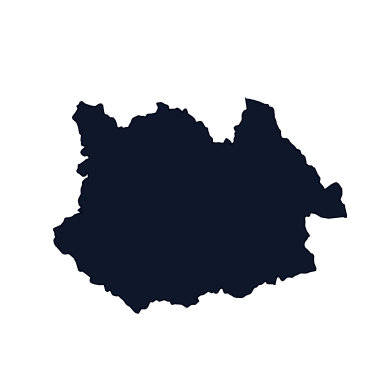 the district of Ha Quang, Cao Bằng, Vietnam, rotated 166°
{"feature_id": "81297802B58374178577075", "entity_name": "Ha Quang", "entity_type": "district", "adm_level": 2, "iso_a3": "VNM", "parent_name": "Vietnam", "parent_adm1": "Cao Bằng", "projection": "robinson", "projection_center": [106.12, 22.894], "detail": "fine", "context": "isolated", "style": "filled", "palette": "ink", "viewbox_px": 384, "rotation_deg": 166, "n_neighbors": 0, "source": "geoboundaries", "source_scale": "gbopen_adm2", "svg_char_len": 5942}
<svg xmlns="http://www.w3.org/2000/svg" viewBox="0 0 384 384"><g transform="rotate(166 192 192)"><path d="M336.9,172.7L336.2,171.8L332.4,164.3L331.7,163.5L329.8,162.6L328.1,162.6L326.4,162.1L325.7,161.7L322.3,156.8L321.9,155.9L321.7,154.0L321.2,152.7L321.0,151.2L320.7,143.7L320.1,142.7L319.3,142.2L317.1,141.9L311.4,134.8L310.8,133.4L311.2,132.4L312.0,131.1L312.1,130.1L311.9,129.2L310.8,128.0L308.2,126.4L303.9,124.6L300.3,124.0L299.8,123.6L299.4,122.5L299.4,117.4L298.6,116.5L297.8,116.1L295.7,116.8L295.1,116.7L294.6,115.8L293.9,112.3L293.2,111.2L291.0,109.9L288.9,109.5L287.7,108.9L287.1,107.5L284.7,104.2L283.8,102.4L282.8,99.6L281.9,98.2L279.6,96.0L277.0,90.8L275.6,88.8L273.7,87.6L272.8,88.1L270.2,90.8L269.4,91.0L268.6,91.0L265.9,90.2L264.0,90.7L262.9,91.6L259.9,95.4L259.2,95.7L258.4,95.8L256.9,95.1L256.2,95.2L252.8,96.6L252.2,96.4L250.0,94.1L247.0,94.4L244.6,94.3L242.1,92.3L239.8,91.6L239.3,91.0L239.1,89.1L238.5,88.0L237.8,87.8L236.8,88.1L235.6,87.9L229.3,85.9L227.2,84.0L225.4,81.9L224.2,81.5L221.8,82.7L219.2,83.2L216.2,82.4L212.2,84.5L212.1,84.9L212.7,86.8L212.7,87.8L212.4,88.4L211.6,89.0L209.5,89.9L208.5,90.2L206.5,90.0L204.8,90.3L200.7,91.9L199.8,92.0L197.4,89.7L196.9,89.6L195.7,90.2L195.0,90.0L194.0,88.4L192.6,88.0L191.5,88.4L188.5,91.4L186.7,91.8L185.8,91.4L185.3,90.7L185.0,87.1L184.3,86.0L181.3,85.6L180.1,83.9L178.2,82.4L176.6,80.6L175.2,79.6L169.6,77.8L168.2,77.8L167.0,78.1L165.2,79.0L160.3,79.6L159.1,80.2L155.9,83.6L154.6,84.4L152.3,84.5L150.1,86.1L149.1,86.2L148.1,85.9L147.0,85.9L145.3,86.5L142.9,87.9L142.2,87.8L141.8,87.4L141.2,85.5L140.2,84.8L135.7,83.6L134.4,82.5L133.9,82.5L131.6,87.3L130.1,89.1L128.8,89.4L128.2,88.9L127.4,87.8L126.4,84.9L125.5,84.2L124.1,84.5L122.4,85.7L119.9,86.6L118.2,86.3L115.9,85.3L114.9,85.3L112.4,86.4L110.4,86.5L106.4,87.4L101.9,86.2L99.8,85.9L97.0,86.4L91.6,86.1L91.2,86.2L90.6,87.4L90.5,88.6L91.1,92.7L91.1,94.5L90.3,98.3L89.7,99.9L89.7,101.2L90.4,102.5L91.9,103.3L94.1,107.6L96.1,110.2L96.5,112.3L96.2,114.1L95.6,115.5L94.4,117.0L91.9,118.8L90.7,120.4L89.0,121.0L89.1,122.5L90.4,125.5L90.8,127.6L91.1,131.4L90.7,133.3L89.9,135.5L89.2,139.6L88.5,140.7L87.3,141.2L86.4,141.1L85.1,140.4L84.3,140.4L83.6,140.9L83.2,142.1L82.4,142.9L81.3,143.2L77.7,141.6L76.0,140.2L72.5,136.7L65.7,133.7L51.3,131.8L49.5,130.6L48.9,130.4L48.6,130.3L48.2,130.9L47.9,132.1L47.8,139.6L47.5,142.5L49.1,144.0L49.6,145.5L50.3,148.7L50.1,149.6L47.7,152.8L47.1,154.4L46.3,158.1L46.3,159.2L48.2,164.3L49.5,165.7L50.5,166.0L52.3,165.8L55.7,164.8L62.0,162.1L62.7,162.3L63.3,163.0L63.6,164.8L64.1,166.0L66.1,169.8L66.1,171.0L64.7,174.5L66.3,178.7L67.5,185.4L68.8,186.3L69.7,188.1L70.3,188.4L72.4,188.9L74.2,191.1L74.7,192.3L74.3,194.0L74.2,198.1L74.5,199.3L75.5,200.6L77.1,201.8L77.5,206.1L78.3,206.8L80.4,208.0L81.9,211.5L83.9,214.2L85.2,216.5L85.8,218.7L86.4,219.8L87.3,220.6L91.1,221.8L91.9,222.7L92.5,225.0L92.4,226.4L91.8,228.5L91.7,230.1L92.8,232.3L93.9,237.7L93.7,240.7L94.2,244.3L94.2,245.3L93.8,246.6L93.1,251.5L93.3,253.2L93.8,254.2L94.4,254.8L96.6,255.3L97.1,257.6L97.4,258.3L100.3,259.2L105.3,263.0L109.9,265.7L113.8,267.7L117.0,268.9L117.2,269.2L117.9,261.6L118.3,259.0L119.3,258.3L121.8,257.8L123.4,256.3L124.1,255.4L124.7,253.9L125.3,250.8L126.2,249.0L130.1,245.1L133.7,245.1L135.1,244.3L135.4,243.9L135.3,242.2L134.5,240.1L134.7,239.6L135.9,238.7L136.2,238.2L136.3,235.5L137.9,233.7L138.5,232.2L138.5,231.3L138.9,230.2L140.2,229.3L141.2,229.0L141.8,229.0L142.2,229.2L142.6,231.2L143.2,232.3L145.0,234.6L145.8,235.3L147.9,233.3L149.4,231.4L149.9,231.4L154.6,233.3L156.3,233.4L159.1,234.3L160.3,235.3L159.6,238.4L159.7,239.3L160.7,240.6L161.9,242.8L161.8,245.1L162.1,247.3L161.8,249.6L162.0,250.3L164.0,251.5L164.1,252.4L165.5,256.9L166.2,257.9L167.2,258.3L171.3,258.4L171.9,258.9L171.9,260.9L172.4,262.6L173.9,264.9L177.4,268.8L177.5,269.6L177.4,271.5L177.8,273.6L178.8,274.0L179.5,273.8L181.4,272.2L182.4,271.9L183.4,273.9L185.0,275.9L186.3,276.8L188.2,276.2L194.6,277.5L194.5,281.0L195.3,282.1L197.7,283.4L198.5,284.5L200.3,286.0L203.9,286.5L204.6,286.3L204.6,285.4L203.9,282.9L204.5,280.9L207.1,277.8L208.0,277.1L212.7,277.2L215.1,277.8L216.7,277.8L218.9,275.8L219.4,275.8L220.8,276.9L223.9,277.6L224.9,278.6L225.9,278.7L231.0,277.7L232.0,277.2L234.4,273.7L236.3,272.0L237.5,270.3L238.3,269.9L240.9,270.3L243.6,270.2L244.5,271.8L245.0,272.1L247.2,271.7L248.1,271.8L248.7,272.4L249.4,273.3L249.0,276.0L249.3,279.1L249.8,280.9L250.6,282.6L251.5,283.2L253.0,283.4L253.9,283.8L255.7,286.9L257.8,287.9L258.3,288.7L258.5,289.8L258.5,291.8L257.9,297.5L258.5,298.7L259.0,299.3L260.2,299.5L261.8,299.2L264.5,298.2L265.8,298.2L269.1,299.6L273.4,302.2L275.0,303.4L276.7,305.9L277.6,306.2L278.5,306.2L279.0,305.7L279.6,304.7L280.9,303.7L282.7,303.0L282.2,300.7L282.8,299.7L285.2,297.2L289.0,294.2L289.6,293.4L289.6,291.8L286.9,287.7L286.6,286.2L286.2,282.8L286.6,276.2L285.2,274.0L286.9,269.3L287.0,266.7L287.5,265.5L287.5,264.3L286.0,263.1L283.9,262.2L283.9,261.9L285.0,261.0L288.5,259.1L289.4,258.4L290.1,257.2L290.0,256.4L289.6,255.3L288.5,253.9L287.6,253.2L286.5,253.0L285.4,253.2L284.6,253.0L283.5,251.4L283.4,250.6L283.6,249.8L283.9,249.2L284.5,249.0L287.4,248.6L288.9,247.6L291.2,246.9L293.6,245.8L295.4,245.8L295.7,245.5L296.5,242.4L298.2,240.7L298.5,240.0L298.1,238.7L296.5,237.3L294.2,234.0L293.0,233.6L291.5,233.8L290.8,234.2L289.8,235.6L289.2,236.0L288.9,235.9L288.6,235.4L288.4,234.0L288.7,231.5L289.0,231.0L292.3,230.2L295.0,228.6L295.7,227.8L296.4,224.9L298.4,222.3L299.1,220.1L299.6,217.2L300.0,216.4L303.0,213.1L304.1,211.2L304.4,207.0L302.9,204.3L302.9,203.8L304.9,202.6L306.1,202.3L306.6,202.0L306.7,201.7L305.4,200.2L304.1,199.3L304.0,198.8L304.7,198.5L311.2,198.1L313.7,196.8L316.7,196.4L320.6,197.1L321.4,196.9L322.0,196.2L323.5,193.8L325.7,192.3L326.5,191.6L327.4,191.1L334.4,189.9L334.9,189.5L335.3,189.1L335.3,188.6L334.7,185.7L335.2,183.6L334.9,181.0L336.8,179.5L337.4,178.6L337.6,177.6L337.7,175.7L336.9,172.7Z" fill="#0f172a" stroke="#020617" stroke-width="1.5"/></g></svg>